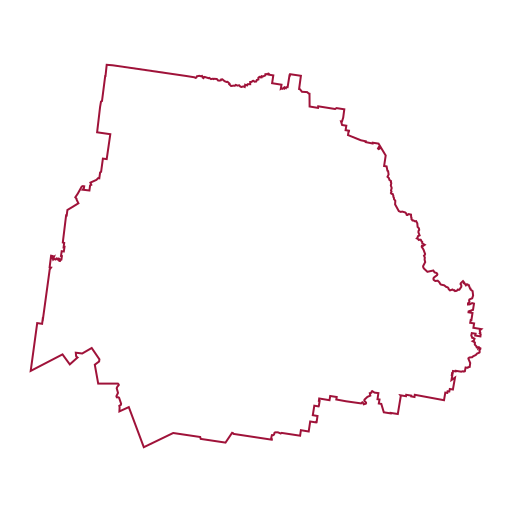 Narrabri, New South Wales, Australia
{"feature_id": "25037944B38691483406712", "entity_name": "Narrabri", "entity_type": "district", "adm_level": 2, "iso_a3": "AUS", "parent_name": "Australia", "parent_adm1": "New South Wales", "projection": "orthographic", "projection_center": [149.591, -30.328], "detail": "fine", "context": "isolated", "style": "outline", "palette": "rose", "viewbox_px": 512, "rotation_deg": 0, "n_neighbors": 0, "source": "geoboundaries", "source_scale": "gbopen_adm2", "svg_char_len": 5941}
<svg xmlns="http://www.w3.org/2000/svg" viewBox="0 0 512 512"><path d="M30.7,370.9L62.5,354.4L69.8,364.4L77.4,357.6L76.7,357.3L76.7,356.6L76.1,356.1L75.8,352.7L82.2,353.5L91.7,348.0L99.4,359.3L99.1,361.5L94.8,364.7L98.2,383.6L117.9,383.6L118.7,384.5L118.7,385.2L117.4,386.6L116.7,388.2L118.0,392.9L116.4,396.2L116.8,397.3L118.5,397.3L119.1,397.8L121.1,403.7L120.9,404.8L119.3,405.8L119.6,407.4L119.4,411.4L128.8,407.1L143.8,447.2L173.2,433.0L200.2,437.0L200.7,438.9L225.5,442.6L232.1,432.8L233.1,433.2L233.5,433.9L271.8,439.7L271.9,439.1L271.2,438.2L271.9,435.1L273.4,435.1L274.1,434.4L274.4,433.0L275.2,432.3L277.8,432.3L280.7,433.5L281.6,432.9L300.1,435.7L300.9,430.2L308.7,431.5L310.2,421.5L315.9,422.4L316.0,422.0L316.6,422.1L317.5,416.0L312.8,415.2L314.3,405.7L318.6,406.4L318.9,405.7L319.6,401.0L318.9,400.9L319.2,398.5L329.5,400.2L330.2,396.0L336.7,397.0L336.3,399.5L346.2,401.3L361.1,403.4L362.3,402.3L363.2,403.1L363.7,404.3L365.8,403.7L366.1,403.1L366.0,402.5L364.3,400.8L364.5,399.6L367.4,396.9L370.3,395.6L369.8,393.2L371.3,392.8L371.7,391.4L372.2,391.1L374.5,392.6L378.4,393.1L377.5,399.2L379.5,399.5L378.8,403.5L381.3,403.9L383.8,412.3L390.7,413.4L390.7,412.9L397.8,414.0L400.8,395.9L400.4,395.3L406.0,396.2L406.2,394.8L411.2,395.6L411.2,396.4L414.5,397.0L414.8,394.8L444.0,400.2L445.3,392.6L447.3,392.9L447.6,391.3L449.3,391.5L449.8,389.0L452.9,389.5L455.0,377.6L451.5,380.0L452.3,375.3L451.8,375.2L452.1,373.1L452.7,373.2L453.0,371.0L455.6,371.4L455.7,370.8L461.3,371.7L462.4,371.3L463.9,371.6L464.3,371.1L464.9,371.1L465.6,367.5L467.7,367.8L468.1,367.2L469.7,366.9L470.2,363.0L468.4,358.7L468.4,358.3L469.4,357.5L472.2,357.2L473.1,356.3L475.8,355.0L477.0,353.6L479.4,352.6L479.7,352.0L479.4,350.4L480.4,348.9L480.4,348.3L479.2,347.8L478.3,348.4L478.5,347.2L476.7,347.4L476.4,346.3L474.9,344.7L474.7,344.0L475.0,342.9L474.7,342.3L472.7,341.2L473.9,340.5L474.5,338.7L472.9,337.8L472.3,337.9L471.3,335.5L471.8,333.1L475.6,333.7L475.2,335.5L480.4,336.4L480.7,334.3L479.7,333.3L480.3,332.6L479.8,331.2L479.8,330.4L481.3,329.1L473.4,327.8L474.1,323.4L470.2,322.8L470.7,320.0L471.4,320.1L472.5,313.0L468.5,312.3L468.6,311.4L469.9,310.9L470.1,311.4L471.7,310.2L473.0,309.9L474.0,303.6L472.1,303.1L469.6,304.4L468.0,304.5L468.0,303.3L469.5,301.9L469.1,300.2L469.5,299.4L472.2,298.3L473.1,295.5L472.6,291.1L470.7,289.6L470.5,288.6L470.0,288.5L468.9,285.3L468.4,285.4L467.6,284.4L466.7,284.3L465.9,285.3L464.8,283.7L463.9,283.3L464.2,282.6L463.0,281.1L460.8,283.2L460.5,284.0L461.3,285.2L461.3,286.8L459.5,289.5L458.9,289.9L457.9,289.5L456.7,290.8L455.0,291.1L454.4,290.2L453.5,290.3L452.5,289.5L450.0,290.4L448.7,289.2L448.5,288.3L447.6,287.3L446.3,287.0L444.2,285.3L441.0,284.6L440.3,284.0L439.3,282.2L437.7,280.7L435.3,281.0L433.7,279.9L433.4,278.9L433.8,277.6L437.1,275.1L437.4,274.2L436.6,273.0L434.6,272.4L433.3,270.5L427.4,271.8L423.8,268.4L423.1,266.8L423.2,265.9L425.2,262.1L424.6,259.7L424.8,257.5L424.0,255.7L424.8,254.9L425.1,254.0L423.5,249.6L421.7,246.8L421.9,245.9L422.8,246.1L424.7,244.8L422.3,243.4L422.2,241.8L421.6,241.5L420.8,239.8L420.0,239.6L418.8,240.0L417.7,238.7L416.9,238.4L417.6,237.6L417.9,236.2L419.6,235.4L418.4,232.3L418.5,231.0L419.2,229.9L418.9,228.3L417.6,226.9L417.3,223.3L416.1,221.1L414.9,221.3L413.3,220.4L412.5,220.5L411.4,219.0L411.6,218.0L411.2,217.4L411.0,214.6L408.6,214.1L407.5,215.0L406.7,214.9L406.2,213.4L405.1,212.4L402.3,211.6L400.7,211.9L398.8,211.1L395.1,204.4L395.3,200.8L394.0,199.1L393.9,197.7L393.3,196.8L393.4,195.9L392.7,194.0L391.5,193.8L390.9,193.0L391.5,191.5L391.0,190.5L391.7,188.0L390.8,185.4L391.3,183.1L390.9,182.5L391.0,181.1L389.4,179.9L388.9,178.1L387.5,176.8L388.6,174.5L388.1,171.1L387.4,170.7L386.6,166.4L384.1,166.0L385.7,155.5L381.0,147.7L378.7,149.1L378.0,148.5L378.9,146.9L380.1,146.2L378.5,143.6L372.7,142.7L372.6,143.5L365.7,142.1L365.8,141.3L360.9,140.3L348.0,135.1L348.5,131.6L348.9,131.5L349.0,130.7L345.6,130.2L346.3,125.7L342.1,125.0L341.0,121.4L342.0,121.5L343.2,117.6L344.3,109.3L336.5,108.1L335.1,109.0L318.2,106.3L318.0,107.9L309.6,106.5L309.5,93.7L308.7,93.5L307.1,92.1L302.0,91.8L299.9,89.2L299.1,89.0L300.9,75.8L290.1,74.2L289.9,75.5L289.5,75.4L287.6,87.2L286.5,87.2L285.9,88.2L284.6,87.2L284.0,87.6L284.0,88.5L283.2,88.2L282.5,88.8L281.6,88.5L280.8,88.9L281.5,84.7L272.1,83.2L273.3,75.4L268.5,74.6L268.8,72.9L268.1,74.0L265.4,74.2L265.3,75.4L262.9,76.5L261.9,76.2L261.6,77.4L260.5,77.4L260.0,76.7L259.4,76.9L258.4,77.7L258.4,79.5L256.8,80.0L256.2,81.5L254.5,81.7L253.5,80.8L252.7,80.9L251.6,81.9L250.2,82.0L250.2,84.2L247.7,84.2L247.1,85.4L246.0,84.9L245.4,85.4L245.1,85.1L244.7,87.0L243.4,86.4L241.3,87.0L240.1,86.4L239.2,85.3L237.4,85.6L235.8,84.9L234.8,85.8L234.0,85.6L231.1,86.0L229.2,84.2L229.5,83.6L227.5,81.8L226.6,82.0L224.6,81.2L222.3,79.3L221.1,79.5L220.9,80.3L219.7,80.6L218.1,80.5L216.8,79.0L214.5,78.8L213.5,79.1L213.0,78.7L211.0,79.1L209.2,77.9L208.6,78.2L204.6,76.9L204.1,77.0L203.5,78.1L202.7,77.6L202.7,76.9L202.0,75.9L201.1,76.3L199.3,75.8L196.9,76.3L196.3,77.6L195.5,77.9L194.5,77.3L186.3,76.0L112.8,65.3L106.7,64.8L105.5,76.0L105.2,76.0L102.0,101.0L101.0,101.6L100.1,106.8L97.1,132.3L110.3,134.2L106.7,159.1L102.9,158.6L101.1,171.8L100.1,172.5L99.3,178.3L98.2,178.1L96.4,179.9L90.4,182.6L91.3,184.8L90.1,185.4L89.4,190.5L82.7,189.7L83.9,188.2L84.2,186.3L82.8,186.1L81.7,186.6L77.8,193.6L75.3,197.3L76.5,198.7L76.5,199.4L78.4,203.3L67.4,210.0L66.7,215.5L66.1,215.4L62.8,242.5L64.2,242.9L63.6,247.2L64.5,247.0L63.8,251.5L61.7,251.2L61.0,256.0L61.9,256.1L61.4,259.6L60.7,259.9L60.0,259.4L60.3,260.5L60.0,261.0L59.3,260.9L59.0,260.3L59.6,260.0L59.4,259.4L58.1,259.5L58.2,259.0L57.9,258.8L58.1,258.1L57.1,259.2L56.4,258.5L55.3,259.5L54.1,258.8L53.2,259.6L53.1,259.2L53.6,258.6L53.2,258.4L52.7,258.8L52.5,258.5L53.6,257.8L54.0,256.7L53.2,257.2L53.1,256.6L52.4,256.7L52.5,256.0L51.1,255.7L49.6,267.4L51.0,267.6L49.7,269.5L42.9,319.3L42.7,319.1L42.1,323.8L37.2,323.1L30.7,370.9Z" fill="none" stroke="#9f1239" stroke-width="2"/></svg>